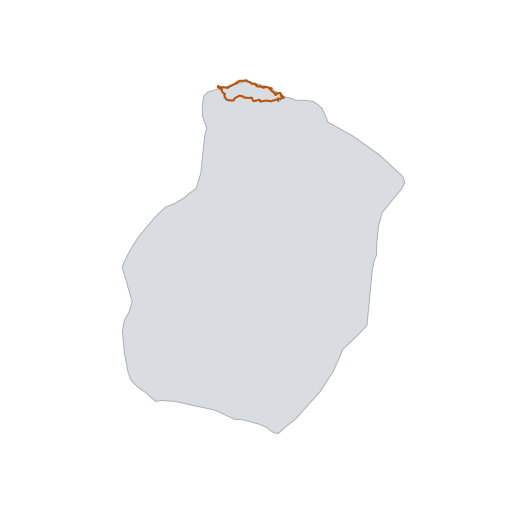 Mjanyane, Quthing, Lesotho shown in context, rotated 154°
{"feature_id": "5366337B93918121901392", "entity_name": "Mjanyane", "entity_type": "district", "adm_level": 2, "iso_a3": "LSO", "parent_name": "Lesotho", "parent_adm1": "Quthing", "projection": "mercator", "projection_center": [27.716, -30.528], "detail": "fine", "context": "in_parent", "style": "outline", "palette": "amber", "viewbox_px": 512, "rotation_deg": 154, "n_neighbors": 0, "source": "geoboundaries", "source_scale": "gbopen_adm2", "svg_char_len": 6303}
<svg xmlns="http://www.w3.org/2000/svg" viewBox="0 0 512 512"><g transform="rotate(154 256 256)"><path d="M329.5,335.3L316.7,339.3L314.9,339.7L306.7,338.7L295.7,339.7L287.0,341.9L280.4,342.8L269.4,354.5L249.6,386.1L244.3,392.7L242.8,405.1L238.2,415.0L232.6,422.7L227.1,424.5L210.5,421.5L189.3,417.5L176.9,408.0L166.0,395.4L160.2,386.3L154.1,381.3L152.1,378.5L143.4,374.3L140.2,372.1L137.3,370.5L133.8,364.5L131.8,359.2L132.6,344.6L126.5,335.9L116.1,321.0L109.5,308.8L100.5,292.2L95.0,278.0L89.3,263.3L90.0,257.0L95.5,252.6L111.5,245.3L123.9,239.5L132.8,229.1L142.5,213.5L147.2,204.1L151.9,199.8L157.1,193.2L166.1,178.6L176.1,162.3L186.8,144.9L200.3,139.9L218.7,134.1L236.5,118.9L257.6,106.1L291.7,92.2L307.6,88.7L313.7,86.7L317.5,89.3L321.6,97.2L327.3,103.9L340.8,115.4L346.5,118.2L360.4,135.4L375.3,147.1L392.4,160.7L404.0,167.5L410.0,169.3L414.9,181.4L419.9,190.3L422.7,198.7L422.1,206.9L416.7,226.9L408.9,247.3L402.5,255.9L394.8,261.2L387.3,269.3L384.4,285.8L381.0,305.1L371.1,313.1L363.5,318.4L352.9,324.8L329.5,335.3Z" fill="#d9dde1" stroke="#a8b0b8" stroke-width="1"/><path d="M165.2,386.3L164.7,386.7L163.8,386.6L163.1,386.9L162.6,386.9L162.3,386.7L162.0,386.4L162.1,386.2L161.9,386.0L161.7,386.0L161.6,386.4L161.8,387.0L162.1,387.4L162.3,387.6L162.5,387.6L162.6,387.8L162.5,388.1L162.8,388.4L163.0,388.5L163.3,388.9L163.4,389.3L163.3,389.5L162.9,389.6L162.7,389.7L162.6,389.9L162.4,390.0L162.4,390.4L162.6,390.6L162.8,391.2L162.8,391.9L163.2,392.1L163.5,392.4L164.0,392.4L164.8,392.5L165.3,392.5L165.7,392.7L165.9,392.7L166.2,392.7L166.4,392.8L166.7,392.7L167.1,392.5L167.4,392.2L167.6,392.1L167.8,392.2L167.9,392.3L168.1,392.6L167.6,393.3L167.4,393.5L167.2,393.7L167.1,393.9L167.2,394.0L167.4,394.0L167.6,393.9L167.8,394.0L168.0,394.1L168.1,394.8L168.4,395.3L168.6,395.4L168.7,395.8L168.7,396.2L168.8,396.2L168.8,396.3L169.0,396.6L169.3,397.0L169.6,397.2L169.5,398.4L169.5,398.7L169.6,398.9L169.6,399.0L169.1,399.5L168.5,399.6L168.4,399.7L168.7,400.1L168.9,400.3L169.2,400.5L169.5,400.5L169.8,400.3L170.2,400.0L170.4,400.0L170.4,400.4L170.5,400.5L170.6,400.8L170.5,401.0L170.4,401.2L170.4,401.4L170.5,401.5L170.8,402.0L171.0,402.2L171.5,402.6L171.8,402.7L172.5,403.1L172.8,403.3L172.8,403.5L173.5,403.8L173.8,403.7L173.9,403.8L173.9,404.1L173.9,404.3L174.0,404.3L174.7,403.9L174.9,403.8L175.1,403.8L175.4,404.2L175.6,404.1L175.7,404.3L175.6,404.6L175.6,404.8L176.1,404.8L176.6,405.0L176.9,405.5L177.3,405.9L177.5,406.3L177.5,406.5L177.7,406.8L177.8,406.9L178.2,406.7L178.5,406.8L178.6,406.7L178.8,406.7L179.3,407.1L179.5,407.4L179.7,407.6L180.2,407.7L180.4,407.8L180.5,408.2L180.7,408.3L180.8,408.4L180.5,408.8L180.5,409.0L181.1,409.3L181.2,409.6L181.3,409.8L181.2,409.9L181.0,410.0L180.8,410.3L180.9,410.7L180.9,410.9L181.0,411.0L181.3,411.0L181.7,411.1L182.0,411.4L182.1,411.7L182.2,411.8L182.8,411.8L183.4,412.1L183.6,412.3L183.9,412.3L184.1,412.4L184.3,412.9L184.4,413.2L184.5,413.4L184.6,413.6L184.5,413.8L184.5,414.0L184.9,414.2L185.0,414.4L185.3,414.9L185.4,415.0L185.7,415.3L185.9,415.5L186.0,415.8L186.3,415.8L186.5,416.0L186.9,416.5L187.2,417.0L187.5,417.4L187.4,417.6L187.4,417.8L187.7,418.1L188.1,418.4L188.6,418.6L188.8,418.6L189.0,418.5L189.3,418.5L189.5,418.6L189.8,418.6L190.0,418.6L190.3,418.9L190.4,419.0L190.5,419.0L190.9,419.3L191.2,419.3L191.3,419.4L191.5,419.5L191.6,419.4L191.9,419.6L192.0,419.7L192.1,419.8L192.5,419.9L192.7,420.0L192.8,420.1L193.3,420.4L193.6,420.4L193.8,420.3L194.0,420.6L194.4,420.5L194.6,420.5L194.8,420.4L194.9,420.5L195.0,420.6L195.3,420.7L195.6,420.5L195.8,420.3L196.3,420.3L196.5,420.2L196.8,420.1L197.2,420.2L197.4,420.1L197.5,420.3L197.7,420.1L197.9,420.1L198.0,420.2L198.3,420.0L198.5,420.0L198.7,419.9L198.9,420.1L199.1,420.0L199.5,420.0L199.6,419.9L200.0,419.9L200.5,419.9L200.9,419.9L201.3,420.0L201.4,419.9L201.8,419.9L202.1,419.9L202.3,420.0L202.5,420.0L202.8,420.0L203.0,420.0L203.3,420.1L203.7,420.1L203.9,420.1L204.1,419.9L204.3,420.0L204.5,419.9L204.8,419.9L205.1,419.9L205.4,419.8L205.6,419.9L205.8,419.9L205.9,420.0L206.2,419.8L206.4,419.8L206.6,419.7L206.9,419.8L207.1,419.7L207.4,419.8L207.6,419.5L208.0,419.6L208.3,419.9L208.7,420.0L208.8,420.1L209.0,420.4L209.5,420.9L209.8,420.9L210.7,421.5L211.3,421.8L211.7,422.3L212.0,422.5L212.5,422.6L213.7,422.6L213.7,422.9L213.8,423.2L214.0,423.4L214.6,423.7L214.8,424.0L215.1,424.4L215.2,425.0L215.3,425.3L215.5,425.3L216.1,424.9L216.2,424.1L215.8,423.9L215.6,423.5L215.1,423.0L215.0,422.2L214.9,422.0L214.5,421.7L214.1,421.5L213.7,421.3L213.5,421.1L213.6,420.8L214.1,420.1L214.4,419.5L214.4,418.2L214.3,417.8L214.0,417.2L213.8,416.7L213.5,416.4L213.5,416.2L212.9,415.2L213.2,415.0L213.5,414.9L213.9,414.6L214.1,414.1L214.1,413.2L214.4,412.6L214.6,412.3L214.4,412.0L214.4,411.4L214.1,410.8L214.1,410.3L213.8,409.8L213.6,409.1L212.9,408.6L212.5,408.0L212.1,407.9L210.8,407.3L210.3,406.8L210.0,406.3L209.5,406.2L209.0,406.0L208.6,406.0L208.3,405.8L207.9,405.9L207.3,405.9L207.0,406.0L206.6,406.6L206.2,407.0L204.5,407.2L204.1,407.3L203.7,407.2L203.4,407.2L203.0,407.2L202.3,407.1L201.8,407.3L201.5,407.4L200.8,407.3L200.4,407.2L200.2,407.1L199.9,406.7L199.6,406.3L199.4,406.2L198.9,406.0L198.3,405.9L198.0,405.2L197.6,404.1L197.4,403.8L196.8,403.3L196.4,403.3L196.1,403.1L195.3,402.5L194.9,402.1L194.0,401.8L193.5,401.3L192.8,401.1L192.5,400.9L191.8,400.6L191.6,400.6L191.4,400.5L190.6,400.3L190.4,400.1L190.5,399.7L190.7,399.4L190.5,399.0L190.5,398.7L190.6,398.3L190.5,397.3L190.5,396.7L190.4,396.6L190.2,396.4L188.9,395.8L188.1,395.8L186.8,395.3L186.3,395.3L185.6,395.3L184.9,395.2L184.6,395.0L184.4,394.7L184.3,394.4L184.2,394.1L184.4,393.7L184.5,393.4L184.5,393.2L184.3,393.0L184.0,392.7L183.6,392.6L182.9,392.5L182.1,392.3L180.2,391.7L179.2,391.4L178.5,391.0L178.1,390.8L177.7,390.5L177.4,390.4L177.1,390.3L176.7,390.1L176.4,389.5L176.0,389.3L175.4,389.2L175.2,389.0L175.1,388.7L175.0,388.4L175.2,388.2L174.7,388.4L173.6,388.3L172.8,388.3L172.4,388.2L172.0,388.2L171.6,388.0L171.6,387.9L171.4,387.8L171.0,387.8L170.3,387.9L170.0,387.8L169.4,387.6L169.0,387.6L168.9,387.5L168.7,387.4L168.4,387.0L168.2,386.7L168.1,386.4L168.0,386.2L167.9,386.0L167.3,387.0L167.2,387.2L167.2,387.7L167.1,387.8L166.9,387.6L166.7,387.6L166.4,387.4L166.2,387.3L165.8,387.1L165.5,387.0L165.4,386.8L165.3,386.7L165.2,386.6L165.3,386.5L165.2,386.3Z" fill="none" stroke="#b45309" stroke-width="2"/></g></svg>